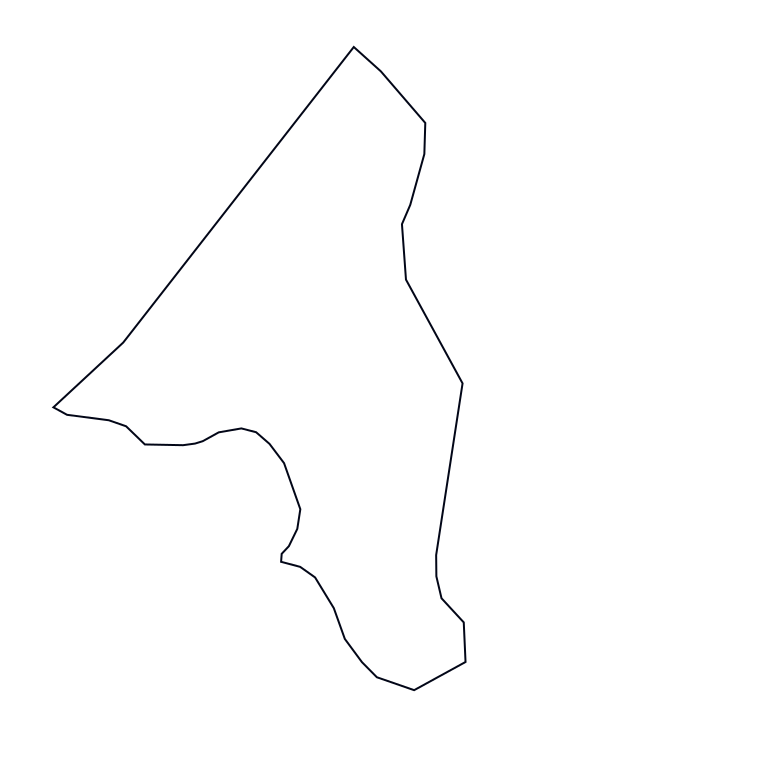 outline of Radlje ob Dravi, rotated 311°
{"feature_id": "SVN-981", "entity_name": "Radlje ob Dravi", "entity_type": "Municipality", "adm_level": 1, "iso_a3": "SVN", "parent_name": "Slovenia", "parent_adm1": "", "projection": "orthographic", "projection_center": [15.216, 46.586], "detail": "fine", "context": "isolated", "style": "outline", "palette": "ink", "viewbox_px": 768, "rotation_deg": 311, "n_neighbors": 0, "source": "natural_earth", "source_scale": "10m", "svg_char_len": 646}
<svg xmlns="http://www.w3.org/2000/svg" viewBox="0 0 768 768"><g transform="rotate(311 384 384)"><path d="M149.5,149.8L244.2,160.0L618.5,140.1L617.9,176.5L608.1,243.9L584.0,263.6L536.4,286.3L516.4,292.7L477.2,332.1L436.0,442.9L289.1,535.6L273.2,549.7L260.0,568.0L256.4,600.6L227.7,627.9L172.7,607.6L158.0,571.0L159.6,549.9L165.9,521.7L181.9,493.2L192.8,458.9L191.0,440.7L182.3,423.0L188.7,418.2L199.2,418.6L217.8,413.6L234.6,403.0L258.7,360.5L263.7,336.9L263.7,319.1L256.9,305.5L239.1,291.0L221.9,284.7L215.1,280.5L206.0,272.5L181.5,243.2L182.9,217.1L176.1,200.1L152.8,165.0L149.5,149.8Z" fill="none" stroke="#020617" stroke-width="2"/></g></svg>